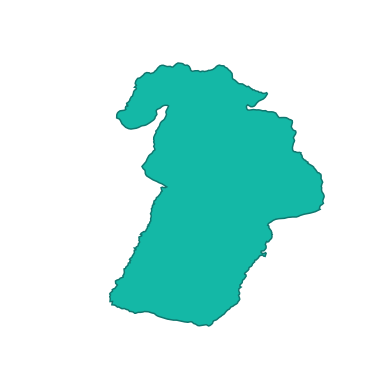 the district of São Francisco, Minas Gerais, Brazil, rotated 243°
{"feature_id": "56859067B81590421607020", "entity_name": "São Francisco", "entity_type": "district", "adm_level": 2, "iso_a3": "BRA", "parent_name": "Brazil", "parent_adm1": "Minas Gerais", "projection": "equal_earth", "projection_center": [-44.83, -15.858], "detail": "fine", "context": "isolated", "style": "filled", "palette": "teal", "viewbox_px": 384, "rotation_deg": 243, "n_neighbors": 0, "source": "geoboundaries", "source_scale": "gbopen_adm2", "svg_char_len": 6067}
<svg xmlns="http://www.w3.org/2000/svg" viewBox="0 0 384 384"><g transform="rotate(243 192 192)"><path d="M313.3,238.1L313.2,235.9L312.0,231.6L312.7,230.5L313.8,229.7L315.1,226.7L318.0,223.9L318.6,222.6L318.9,220.7L318.0,217.7L316.8,215.5L316.6,214.1L316.1,213.1L315.8,211.6L316.4,208.7L317.6,208.0L319.0,205.8L319.1,203.6L318.3,201.9L317.3,197.5L317.9,195.1L316.5,192.5L315.4,191.4L314.2,190.5L313.2,190.9L312.2,190.9L312.0,189.7L311.4,188.3L310.6,189.4L309.5,189.5L308.9,188.5L308.7,187.0L307.8,185.5L306.7,184.7L304.4,182.4L304.4,181.2L302.8,178.8L301.9,178.2L301.0,176.2L300.7,174.0L299.5,173.7L298.6,174.2L297.7,173.6L298.4,172.8L298.1,171.7L297.0,170.7L295.7,170.6L295.5,169.0L297.0,164.7L296.7,162.7L296.1,161.3L294.9,160.0L292.2,158.5L290.0,160.4L288.4,160.7L284.5,160.6L279.7,162.3L277.2,164.3L275.8,166.2L274.1,171.4L273.8,173.7L273.8,177.2L272.8,180.3L272.6,181.9L272.9,185.7L273.6,190.5L274.4,192.3L275.7,193.4L277.0,195.9L280.6,196.9L281.3,198.0L281.4,199.6L281.2,201.5L281.8,204.0L281.9,205.3L281.8,206.5L281.2,208.0L280.3,209.5L279.2,210.1L278.4,209.2L275.7,205.5L274.8,204.9L272.7,204.5L271.6,203.4L269.5,200.6L269.0,199.3L268.8,197.7L268.3,196.1L267.6,194.9L265.4,192.7L264.3,190.6L263.6,189.9L262.7,187.4L261.3,187.1L259.7,184.7L258.1,182.8L256.0,181.6L254.9,181.6L254.1,180.6L252.9,180.4L251.7,180.4L250.9,179.7L250.1,178.6L247.5,178.5L246.4,178.1L246.1,176.3L244.6,173.6L244.5,172.0L243.9,170.0L241.7,166.9L239.9,164.8L237.5,159.0L235.0,159.1L232.9,159.9L231.7,159.7L229.6,158.8L228.4,158.7L226.8,159.0L220.5,162.8L217.3,165.5L215.3,166.8L212.9,169.0L208.0,171.8L208.0,170.4L208.7,168.9L209.8,167.7L209.9,166.4L207.6,165.8L206.4,165.9L206.0,164.3L204.9,163.2L203.2,159.3L203.2,157.8L202.0,156.8L201.3,155.3L201.2,154.0L200.2,153.5L199.3,152.5L198.5,153.0L198.3,151.4L197.5,150.2L196.3,149.9L195.6,148.3L193.4,147.5L192.7,146.8L191.4,145.1L190.3,145.2L189.1,144.8L187.9,144.0L187.3,143.2L184.9,142.1L184.3,140.8L183.2,139.9L182.6,137.9L181.5,138.1L181.5,136.7L179.9,135.7L179.4,134.4L178.4,133.3L178.1,132.0L178.6,131.0L178.3,128.0L177.6,126.8L176.7,127.7L175.8,127.2L175.8,125.7L176.0,124.4L175.1,123.8L174.1,123.9L173.2,122.8L171.8,122.8L170.8,122.3L170.1,120.6L169.0,120.0L168.3,119.0L168.4,117.5L167.6,116.7L168.2,115.2L166.1,115.7L166.2,114.0L163.9,113.0L162.1,109.9L161.0,108.6L160.9,106.9L160.2,105.7L159.0,106.3L158.4,105.1L157.1,104.7L157.6,103.1L155.7,101.5L155.1,98.9L154.1,98.1L154.3,96.5L151.0,95.2L149.7,94.0L148.7,92.4L147.4,91.9L147.8,88.9L147.3,87.8L147.3,86.7L147.6,85.1L147.4,83.4L145.2,82.5L143.0,83.3L141.1,79.4L141.3,78.1L141.2,76.6L139.8,76.2L139.1,73.3L138.5,72.4L137.2,72.6L136.1,71.2L134.3,70.9L131.6,69.2L130.5,71.5L127.9,69.4L126.3,71.8L124.6,72.8L123.3,73.3L122.8,74.5L119.8,76.6L118.8,79.0L117.1,80.2L116.3,81.3L115.1,81.9L113.9,82.1L113.3,83.3L111.9,85.0L110.0,85.9L109.5,86.9L109.4,88.4L109.0,89.9L108.3,91.1L107.4,93.7L107.1,95.4L105.1,98.8L102.9,100.9L100.8,103.3L98.3,104.3L96.6,105.5L90.0,112.3L86.2,117.4L84.8,120.1L79.6,126.5L77.8,129.2L77.2,131.5L76.5,132.8L73.8,134.0L72.9,135.1L70.4,136.5L69.5,137.8L67.3,144.5L65.1,146.0L64.9,147.3L65.2,149.2L65.7,150.7L66.7,151.6L67.4,152.7L67.0,155.9L67.9,159.4L68.0,161.2L68.4,162.5L68.7,165.3L70.1,168.3L70.7,170.2L70.7,172.1L71.9,174.7L71.6,176.5L72.0,178.2L72.1,180.9L72.5,182.2L73.4,183.2L73.9,184.6L74.7,185.8L76.0,186.2L79.0,186.6L79.3,187.8L80.4,188.6L82.7,188.7L84.5,189.9L85.0,192.6L86.0,191.9L87.4,192.5L88.4,195.5L90.4,196.9L90.8,199.0L92.5,202.1L93.9,202.4L94.7,201.6L95.6,201.9L96.8,206.4L97.4,207.6L98.3,208.0L98.9,209.0L98.9,211.0L99.3,212.1L100.3,213.0L101.0,214.7L101.3,216.1L102.2,216.5L102.8,217.4L102.3,218.3L103.2,221.2L104.4,223.1L104.0,226.1L102.4,226.7L101.4,227.9L103.7,230.2L104.6,230.0L104.5,228.6L105.0,227.4L106.0,226.4L106.9,226.1L107.9,226.9L107.0,229.4L108.1,232.2L109.3,233.1L110.5,233.5L111.8,233.4L113.5,235.1L114.0,236.1L113.1,236.7L113.0,237.9L113.8,239.3L114.2,240.8L114.9,242.2L115.9,243.0L117.1,243.4L117.8,244.3L118.7,243.9L119.4,244.6L121.5,244.9L125.3,244.3L126.1,244.8L127.1,245.0L128.0,244.3L129.1,245.6L129.4,246.9L129.4,248.7L129.9,251.5L129.7,254.2L128.8,257.3L126.6,262.4L125.8,266.0L125.1,267.7L123.9,270.7L122.4,273.5L122.0,275.8L122.0,277.7L121.3,281.8L119.5,288.0L118.5,293.0L118.4,298.3L119.4,298.0L121.1,299.4L121.7,300.7L121.8,302.4L122.3,304.0L124.0,304.1L125.4,305.0L127.6,307.4L128.5,307.9L130.3,308.2L133.6,307.9L135.6,308.6L136.9,309.5L138.3,309.7L140.4,311.6L141.4,312.9L145.7,313.1L146.4,313.7L148.3,314.6L149.4,314.8L150.5,314.1L151.5,313.8L152.3,312.7L156.3,312.2L157.5,311.7L159.1,311.7L160.3,311.2L165.1,308.1L165.8,308.9L167.7,307.6L168.6,307.6L169.6,306.6L172.6,305.8L173.9,306.4L175.4,306.5L176.5,306.1L177.4,306.9L178.5,305.8L179.1,304.3L179.9,303.2L180.9,302.4L181.5,301.4L182.7,300.8L183.9,300.8L186.1,301.7L189.4,304.5L190.4,305.9L191.3,306.7L194.2,306.9L195.1,307.9L196.7,310.6L197.9,311.7L199.3,312.0L201.2,310.3L203.6,310.0L205.1,310.1L208.3,313.0L210.0,313.7L211.5,312.8L212.4,311.7L214.3,310.6L215.5,309.6L216.7,307.6L218.6,303.6L219.4,303.1L224.3,302.5L226.4,300.7L227.4,299.2L228.6,296.7L229.6,295.4L231.0,294.6L232.3,291.8L234.3,289.6L235.2,288.2L235.6,287.1L237.6,284.1L239.0,280.0L240.0,278.8L241.2,278.6L243.1,279.1L243.9,279.7L244.4,281.2L241.3,283.1L240.5,284.7L240.3,286.5L240.8,288.0L241.9,290.1L242.7,292.7L242.5,297.9L243.2,300.3L245.2,303.7L246.6,303.6L246.8,301.9L247.4,300.5L248.0,299.5L249.2,299.1L250.5,296.9L251.5,296.7L253.3,294.5L254.8,293.7L255.5,292.3L256.5,292.3L257.5,291.5L260.5,290.3L261.0,288.6L265.3,286.1L266.9,283.4L267.6,282.7L272.0,281.1L274.2,279.7L275.5,279.8L277.0,280.6L279.5,281.5L281.9,281.0L282.9,280.8L284.0,280.1L286.3,279.6L288.4,278.0L289.9,277.7L291.2,275.5L292.6,274.0L292.9,272.7L292.8,270.8L292.1,269.0L291.7,266.0L292.2,263.3L292.9,262.0L292.9,260.5L293.7,257.7L294.6,256.8L295.1,255.9L295.2,254.4L296.0,253.4L297.3,252.5L298.6,249.9L299.3,247.2L300.2,246.5L301.3,246.1L302.4,246.5L304.9,246.5L306.3,246.0L307.3,245.2L307.8,243.7L308.9,242.7L309.9,242.4L311.0,241.5L313.3,238.1Z" fill="#14b8a6" stroke="#0f766e" stroke-width="1.5"/></g></svg>